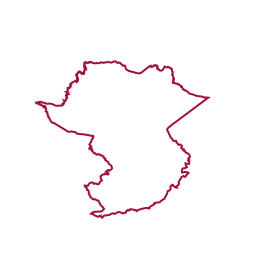 outline of North Gonja, Northern, Ghana, rotated 142°
{"feature_id": "2480657B69696031481498", "entity_name": "North Gonja", "entity_type": "district", "adm_level": 2, "iso_a3": "GHA", "parent_name": "Ghana", "parent_adm1": "Northern", "projection": "mercator", "projection_center": [-1.377, 9.69], "detail": "fine", "context": "isolated", "style": "outline", "palette": "rose", "viewbox_px": 256, "rotation_deg": 142, "n_neighbors": 0, "source": "geoboundaries", "source_scale": "gbopen_adm2", "svg_char_len": 5899}
<svg xmlns="http://www.w3.org/2000/svg" viewBox="0 0 256 256"><g transform="rotate(142 128 128)"><path d="M46.1,102.5L48.1,104.4L49.3,105.1L50.1,106.9L54.3,111.2L56.0,114.1L58.5,117.4L58.6,119.6L59.3,121.2L59.2,121.8L59.5,122.4L60.2,122.8L60.3,124.1L60.7,124.3L60.9,124.9L60.5,125.6L60.5,126.8L60.2,127.1L60.8,127.6L60.1,128.4L61.2,130.5L61.1,131.1L61.7,131.4L61.8,132.7L62.7,133.1L63.6,134.8L64.9,135.9L64.7,136.4L63.4,136.8L63.2,137.7L62.5,137.5L62.1,137.8L62.2,138.5L61.2,138.9L61.5,139.6L60.2,141.7L60.5,142.1L60.0,143.3L59.4,143.3L58.2,144.9L58.3,145.4L57.2,147.4L57.5,147.9L57.3,148.4L58.1,149.1L58.0,150.3L58.3,150.7L59.0,151.6L59.2,151.4L60.4,152.1L61.2,153.8L64.6,152.5L66.2,152.6L66.9,153.0L67.6,153.9L67.6,155.5L68.5,156.0L68.5,156.6L67.9,157.1L68.0,157.7L66.8,157.9L66.8,159.8L67.3,160.2L68.5,160.4L68.3,161.1L68.8,161.4L71.6,161.3L72.0,161.7L71.7,163.0L72.7,163.0L73.0,163.5L84.1,163.4L86.2,164.7L87.9,166.5L89.5,169.2L90.6,170.0L91.5,171.8L92.4,172.6L93.2,175.2L92.8,177.4L92.0,178.7L92.9,180.0L93.5,180.1L93.9,180.6L93.7,181.4L94.1,182.6L93.9,183.7L95.2,185.6L96.0,185.5L96.8,187.0L96.7,188.2L98.2,189.1L100.8,189.7L103.4,192.5L107.4,194.6L108.7,196.3L109.8,196.7L110.4,196.6L111.6,197.3L112.8,198.6L113.9,199.1L116.0,201.0L116.1,202.4L117.2,203.5L117.6,203.7L118.2,203.2L118.7,203.4L119.0,204.2L120.3,204.3L120.9,205.3L120.8,206.1L122.1,206.2L122.1,205.8L122.7,205.7L123.2,204.5L124.1,204.5L124.2,204.3L123.6,203.8L123.7,203.3L124.7,203.2L125.0,202.8L124.2,201.9L124.5,201.5L124.4,201.0L124.9,201.1L125.1,200.5L125.4,201.2L125.9,201.2L125.8,200.5L126.8,199.9L127.6,200.0L127.9,199.3L128.7,198.9L128.5,198.5L129.4,197.8L130.0,198.1L130.4,199.1L130.8,199.2L130.5,199.5L130.7,200.3L131.2,200.5L131.2,201.0L130.7,200.9L130.9,201.4L131.3,201.4L131.5,202.1L131.9,202.2L131.8,201.7L132.3,201.9L132.1,202.7L133.2,202.6L134.0,202.0L134.7,202.2L134.7,201.7L135.1,201.4L134.9,202.2L135.2,202.3L135.8,201.8L135.8,201.4L135.4,201.4L135.5,201.1L136.3,201.3L136.2,200.7L136.5,200.7L136.9,199.5L136.8,199.1L136.4,199.0L137.3,198.8L137.1,198.2L136.8,198.3L136.9,197.9L137.3,198.2L137.4,197.8L137.9,197.9L138.0,197.3L137.6,196.9L138.0,196.6L139.1,196.7L139.5,196.3L139.2,195.9L140.2,195.8L140.0,197.3L144.0,198.3L145.0,197.9L145.4,198.1L145.4,197.8L146.3,198.1L146.7,197.8L146.9,196.7L147.7,196.8L147.9,196.1L148.3,196.2L148.5,195.7L149.0,196.1L149.8,195.6L151.0,196.7L151.9,195.9L152.3,194.3L153.0,194.1L154.3,194.5L153.7,193.6L154.2,193.2L154.0,192.9L154.4,192.3L154.1,192.1L155.0,192.0L154.8,191.6L155.4,191.9L155.3,191.5L155.7,191.4L155.6,191.9L156.2,191.4L156.1,192.2L156.8,192.0L157.1,190.9L156.8,190.7L157.6,190.2L157.2,189.6L157.7,188.9L158.9,188.9L159.8,188.3L160.8,188.3L161.1,188.7L161.0,187.9L162.0,188.1L162.2,187.5L162.8,187.2L163.2,187.3L163.2,187.0L164.9,187.3L165.1,186.8L164.8,186.4L165.9,186.2L167.3,187.0L168.4,188.1L169.9,188.8L171.5,190.5L172.9,193.4L174.9,195.7L176.7,196.7L180.8,202.5L182.6,203.7L183.9,203.8L184.8,204.6L185.0,203.9L184.8,203.5L182.7,201.4L182.1,200.2L182.0,199.7L182.5,199.8L181.9,199.0L181.7,198.0L180.0,196.6L179.8,195.9L180.0,195.5L181.4,195.8L180.6,193.8L181.9,191.8L182.5,191.7L181.8,190.2L182.6,189.6L182.5,188.7L183.2,188.1L183.5,186.2L183.8,186.3L184.1,185.5L184.0,183.4L184.4,182.8L184.7,179.2L183.3,177.6L177.5,162.1L176.3,160.8L174.9,160.3L171.9,156.8L171.9,155.7L171.5,154.7L166.5,149.9L162.1,145.1L161.8,144.3L160.4,143.4L160.5,142.6L161.5,141.7L163.7,141.1L165.3,140.0L168.6,138.7L168.8,138.2L168.3,137.4L168.4,136.8L169.1,136.2L170.8,136.0L171.3,135.0L170.1,134.7L170.0,134.4L169.4,134.5L169.9,133.9L169.6,133.2L170.1,133.1L170.5,132.4L170.2,132.0L170.5,131.6L170.2,130.0L170.4,129.1L169.4,128.3L169.3,126.5L168.5,126.4L167.7,125.4L166.8,125.0L166.6,123.5L165.8,123.2L165.4,121.7L164.7,120.6L165.4,119.8L165.4,119.1L165.0,118.6L165.2,118.2L164.8,117.5L165.6,116.9L165.5,115.9L164.6,113.7L165.2,111.5L164.7,110.5L164.5,108.3L165.2,106.2L166.3,105.7L168.9,105.8L169.1,106.7L169.8,107.3L172.4,107.1L171.5,106.0L171.4,104.2L172.6,102.9L172.3,103.9L173.1,105.1L174.7,105.6L174.9,106.1L176.8,106.9L179.0,106.9L179.7,106.5L180.8,104.2L180.9,102.7L182.7,102.9L185.5,101.9L186.7,102.4L187.4,104.0L188.3,104.7L189.3,104.9L189.6,107.1L189.9,107.4L191.3,108.0L193.0,108.0L195.2,107.2L197.5,109.2L197.9,107.6L197.5,107.1L197.5,105.8L198.4,104.5L197.6,103.4L197.8,102.6L199.4,100.2L199.1,99.6L199.8,98.7L199.6,97.5L200.1,96.6L199.4,93.3L197.9,92.2L197.0,89.9L196.3,89.5L196.0,88.7L197.1,84.0L196.6,81.2L196.7,79.0L199.6,78.5L201.2,79.2L206.3,82.8L207.2,82.8L207.6,83.2L209.9,83.2L209.5,82.4L208.8,82.0L208.1,79.5L207.0,78.0L206.8,77.1L205.9,76.4L204.6,76.3L204.3,75.5L203.9,75.5L204.2,75.2L203.7,74.6L203.5,73.2L200.8,73.7L196.3,71.0L193.3,70.6L192.1,69.8L192.1,69.3L191.1,68.4L187.6,67.9L186.3,66.8L184.5,63.7L183.4,63.6L182.2,62.7L181.3,62.9L180.6,63.5L178.5,63.5L178.4,62.8L177.9,62.3L177.1,62.2L176.3,62.7L173.7,60.1L173.5,59.2L172.9,59.1L172.1,57.7L172.4,57.4L172.2,57.0L171.4,57.3L169.9,57.0L163.8,54.4L161.3,52.6L161.5,52.1L161.1,51.6L160.5,51.5L160.1,52.1L158.6,52.4L154.3,51.6L154.1,52.2L153.6,52.1L153.2,52.6L148.6,49.9L147.2,50.3L142.9,49.8L137.5,52.3L135.8,53.7L135.3,53.8L133.6,53.1L132.1,53.7L130.7,55.5L129.5,56.0L128.8,55.7L128.2,56.1L127.7,55.5L127.7,53.9L127.2,51.9L126.1,50.9L125.9,52.2L124.5,52.0L122.0,52.5L121.9,53.5L121.2,54.3L115.7,56.4L113.8,56.0L113.3,54.5L112.2,54.4L110.1,55.2L107.9,55.3L107.9,55.8L110.4,58.5L112.8,59.4L112.7,60.0L111.7,61.4L110.7,62.1L109.6,62.3L107.8,61.3L105.6,60.9L105.6,62.7L104.5,64.7L102.2,62.1L100.5,63.6L100.5,65.0L100.0,64.6L99.2,65.3L99.2,66.8L96.8,67.1L96.1,69.8L96.6,71.4L97.7,73.0L97.2,75.1L98.2,76.1L97.3,76.9L98.1,77.6L97.9,78.9L98.3,79.7L96.9,80.2L96.5,80.8L96.9,82.8L98.0,83.2L98.7,83.9L98.4,85.6L98.8,86.6L98.2,87.7L98.4,87.8L98.2,88.4L100.2,90.0L100.2,90.8L99.7,92.1L100.2,93.8L98.3,102.5L97.9,102.9L95.9,103.4L91.7,103.5L46.1,102.5Z" fill="none" stroke="#9f1239" stroke-width="2"/></g></svg>